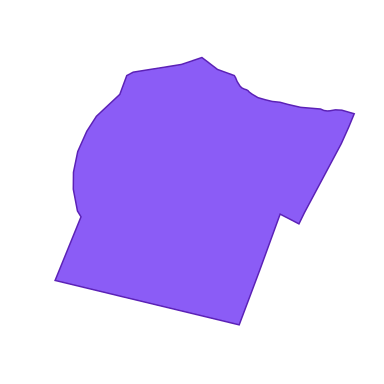 Stewart, Tennessee, United States of America (orthographic projection), rotated 112°
{"feature_id": "52423323B53848187527532", "entity_name": "Stewart", "entity_type": "district", "adm_level": 2, "iso_a3": "USA", "parent_name": "United States of America", "parent_adm1": "Tennessee", "projection": "orthographic", "projection_center": [-87.951, 36.503], "detail": "fine", "context": "isolated", "style": "filled", "palette": "violet", "viewbox_px": 384, "rotation_deg": 112, "n_neighbors": 0, "source": "geoboundaries", "source_scale": "gbopen_adm2", "svg_char_len": 682}
<svg xmlns="http://www.w3.org/2000/svg" viewBox="0 0 384 384"><g transform="rotate(112 192 192)"><path d="M297.5,98.5L268.0,99.2L239.8,99.9L179.5,102.0L181.5,80.9L169.0,80.0L91.3,71.7L73.0,71.0L58.7,70.9L60.0,83.7L62.1,89.8L65.3,95.0L66.2,97.0L67.0,100.3L66.9,103.9L72.8,123.0L74.9,136.1L75.8,143.9L78.0,151.6L79.0,158.5L79.8,166.2L78.8,172.8L77.9,176.4L77.1,177.9L76.8,179.8L77.0,182.0L76.8,184.8L75.8,187.2L72.6,191.6L69.7,194.4L68.2,196.4L68.8,214.3L63.6,233.2L77.7,249.6L102.9,291.4L108.5,296.1L128.5,295.5L157.6,309.0L175.1,312.3L197.3,313.1L218.1,309.3L233.9,303.1L252.5,291.1L256.6,285.6L325.3,285.8L297.5,98.5Z" fill="#8b5cf6" stroke="#5b21b6" stroke-width="1.5"/></g></svg>